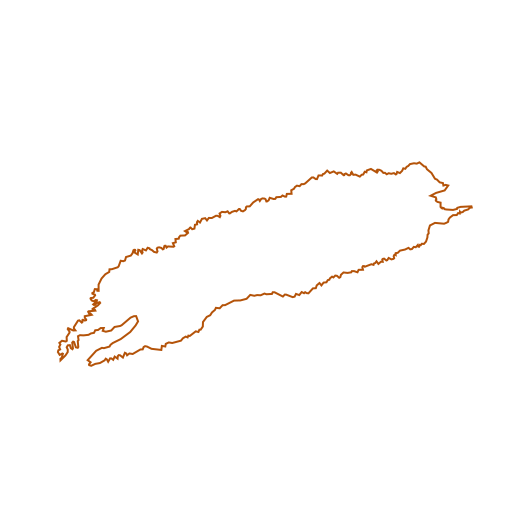 Tlacotepec de Mejía, Veracruz, Mexico (orthographic projection), rotated 160°
{"feature_id": "50627088B38998854105063", "entity_name": "Tlacotepec de Mejía", "entity_type": "district", "adm_level": 2, "iso_a3": "MEX", "parent_name": "Mexico", "parent_adm1": "Veracruz", "projection": "orthographic", "projection_center": [-96.778, 19.183], "detail": "fine", "context": "isolated", "style": "outline", "palette": "amber", "viewbox_px": 512, "rotation_deg": 160, "n_neighbors": 0, "source": "geoboundaries", "source_scale": "gbopen_adm2", "svg_char_len": 6092}
<svg xmlns="http://www.w3.org/2000/svg" viewBox="0 0 512 512"><g transform="rotate(160 256 256)"><path d="M474.3,230.2L471.3,230.6L470.9,230.2L473.3,226.9L474.9,226.3L475.4,224.8L469.1,227.7L465.8,230.1L464.9,232.4L465.1,235.0L463.4,236.4L461.4,235.9L461.5,232.7L460.4,231.2L459.6,231.8L458.3,237.5L457.1,238.1L456.4,237.4L456.5,231.8L454.9,230.7L454.1,231.3L452.6,237.0L451.5,237.7L450.7,241.5L448.5,241.8L445.2,240.4L440.3,239.2L437.6,239.7L434.5,239.2L432.5,241.2L429.7,240.5L426.6,241.4L423.7,240.4L425.6,238.1L423.0,236.2L417.5,235.5L413.2,237.7L407.6,236.7L405.9,236.9L394.9,241.0L391.3,241.2L389.2,240.5L389.2,234.9L392.9,231.9L400.2,227.6L411.5,224.2L420.4,223.2L423.1,222.3L424.6,221.0L430.4,221.4L432.2,222.4L438.6,221.6L449.8,215.7L447.8,212.7L450.0,211.3L450.1,210.5L448.4,209.2L443.9,209.6L439.3,208.8L434.0,209.7L432.3,210.9L431.5,209.8L431.1,207.2L428.1,209.7L426.9,209.2L425.7,207.3L423.2,209.8L421.2,206.9L420.1,209.2L418.9,209.8L417.7,209.2L415.8,206.1L412.3,209.9L411.3,208.8L411.1,206.8L408.3,207.7L405.4,206.1L396.6,207.7L394.4,207.0L392.7,208.9L391.1,209.2L389.4,208.2L385.9,204.5L377.1,200.1L375.2,203.7L372.2,202.0L370.8,204.3L367.5,204.6L364.5,202.9L355.5,202.1L352.8,203.7L349.6,204.3L348.1,202.9L346.8,204.3L345.6,203.5L338.4,205.8L336.1,204.3L334.4,206.1L333.2,205.7L330.1,207.9L328.4,212.1L325.8,213.8L323.1,215.6L319.3,216.0L316.7,218.0L313.0,219.4L311.4,221.0L308.0,219.3L304.2,221.2L301.9,220.4L291.9,221.6L285.9,219.6L279.5,219.0L274.7,221.4L271.2,219.2L268.3,218.9L265.1,217.5L260.9,217.8L259.3,216.5L254.0,214.9L252.7,216.2L251.0,215.6L244.6,208.7L242.1,209.9L240.9,209.4L235.6,204.8L233.6,204.6L231.4,206.7L228.7,204.5L225.4,206.5L223.6,204.6L222.2,205.2L221.1,203.8L219.5,203.0L213.6,206.1L210.8,205.3L209.0,207.6L205.6,208.9L204.6,206.0L201.6,207.9L198.8,207.2L196.8,208.8L195.2,208.6L194.2,209.7L191.6,210.6L190.6,209.4L188.2,210.5L186.7,209.7L185.3,207.1L184.0,207.3L182.6,209.3L179.4,210.6L175.8,208.8L172.1,208.1L171.1,209.0L169.1,208.3L166.2,206.0L164.3,207.9L160.2,206.5L159.9,209.1L159.0,209.9L157.9,209.6L157.4,208.7L150.4,208.8L148.6,207.5L147.8,208.6L146.4,208.6L144.6,209.8L143.7,206.7L140.5,207.9L138.9,207.2L138.5,209.6L137.7,209.9L136.5,209.7L135.0,207.2L134.1,207.2L132.0,208.8L129.9,206.5L127.8,206.3L126.9,206.7L126.7,208.7L125.7,209.7L125.0,209.9L124.4,209.1L123.7,210.9L121.7,210.5L118.9,211.8L113.7,211.1L109.9,211.5L108.8,209.5L107.1,209.2L104.6,210.6L102.9,209.6L100.2,211.0L100.2,209.2L99.5,208.9L98.2,210.4L97.4,209.9L96.0,210.8L94.1,209.9L91.3,211.4L88.6,214.8L87.5,217.3L86.0,218.2L85.2,221.1L82.1,225.2L76.5,225.9L68.2,222.0L65.7,222.1L63.8,222.4L62.6,224.5L60.7,225.8L56.8,227.0L53.4,225.8L51.4,227.2L50.0,226.2L49.2,227.8L48.9,226.8L46.7,226.6L44.8,227.4L40.7,227.2L38.6,228.2L36.7,227.8L36.6,229.0L47.0,232.2L50.4,232.4L51.0,231.5L55.1,231.9L61.2,234.6L62.9,235.6L63.1,236.7L64.5,237.7L64.9,237.2L65.5,238.1L65.8,239.0L64.3,243.0L66.9,244.7L67.9,246.0L68.0,247.0L67.1,247.7L67.0,249.6L71.3,252.9L65.2,253.7L56.3,253.1L51.3,256.5L53.5,258.0L55.8,258.1L55.4,260.6L58.2,262.4L59.8,265.9L61.4,267.4L62.7,274.0L65.7,279.1L66.0,281.9L67.3,282.6L70.4,288.1L73.3,287.8L75.8,289.1L79.9,289.7L82.2,288.5L83.9,288.3L85.9,286.9L87.6,288.0L89.5,286.1L92.4,284.7L94.6,286.7L95.9,285.0L96.7,284.8L98.0,286.7L100.8,287.0L103.0,288.4L105.2,288.1L106.4,290.1L107.9,290.5L109.0,293.2L110.6,294.8L112.4,295.6L113.2,295.2L112.7,293.8L113.8,293.0L118.2,298.5L122.6,298.5L123.6,296.9L125.0,298.0L127.4,295.9L128.9,296.2L131.3,295.1L134.6,298.4L136.8,299.0L137.4,302.2L138.4,301.6L138.8,300.4L140.3,299.8L141.5,300.3L143.3,302.8L144.8,302.7L145.4,301.8L146.0,301.9L147.8,305.3L150.4,306.2L151.6,305.4L154.0,308.9L158.2,308.7L159.9,311.9L163.6,310.0L165.1,310.1L166.3,309.0L169.7,310.3L172.4,307.4L173.6,307.9L175.2,310.2L176.7,310.7L184.9,307.4L186.5,307.2L188.7,308.0L191.1,306.7L193.5,308.1L195.9,307.4L197.3,306.2L200.4,305.7L201.3,302.3L205.8,303.8L207.3,301.5L208.4,301.8L210.4,303.8L212.4,303.0L216.8,304.3L218.3,303.1L219.9,303.5L223.2,306.0L225.1,304.0L227.0,303.5L227.6,303.7L227.6,306.1L228.3,307.0L230.2,307.9L231.7,307.8L233.6,306.4L233.9,308.1L234.6,308.7L240.3,307.3L244.9,304.8L247.7,305.7L248.8,305.2L249.4,303.7L250.6,302.9L253.0,302.4L254.6,303.6L255.2,305.7L255.9,306.0L259.1,304.6L260.3,305.6L263.5,305.7L266.0,305.0L266.6,305.2L267.4,307.7L269.8,307.6L272.9,309.1L275.7,308.4L275.7,305.9L276.7,304.9L278.2,306.8L279.8,307.5L284.5,306.8L287.3,307.9L289.9,306.2L290.8,308.9L294.1,309.4L297.2,306.6L298.7,308.9L299.9,308.0L300.5,305.9L302.7,306.2L304.5,302.8L306.8,303.0L307.8,305.2L308.3,305.2L309.8,304.2L314.2,303.7L313.2,302.3L311.9,301.9L311.9,301.0L315.7,299.6L320.1,301.0L321.8,300.0L322.7,298.7L325.9,299.5L326.7,296.3L329.7,296.5L329.5,293.1L330.4,292.9L335.4,295.1L337.2,294.5L337.4,296.5L338.0,296.8L338.7,296.7L340.4,294.2L341.3,294.1L342.2,296.0L344.1,297.3L345.8,297.5L346.7,296.9L347.0,294.0L348.1,293.2L350.4,294.7L351.8,297.2L353.5,298.8L353.5,299.7L355.0,300.8L357.5,298.9L360.1,301.3L361.3,299.9L361.4,298.0L362.3,297.4L363.4,301.4L364.5,302.1L366.6,297.9L369.2,301.2L367.5,302.4L367.5,303.1L368.3,303.5L369.2,303.3L371.1,300.8L373.5,299.2L378.5,299.5L380.6,296.6L382.5,296.5L384.8,297.8L388.6,293.3L389.8,292.7L396.0,292.9L398.2,293.6L399.4,291.2L403.8,290.4L408.8,287.7L413.7,283.0L415.8,277.1L417.0,277.6L416.8,279.2L418.8,280.0L420.7,277.5L422.5,277.1L422.6,276.5L420.6,274.8L420.6,274.1L423.2,272.4L425.7,273.0L426.1,272.5L425.6,270.4L424.5,269.4L423.7,268.9L421.7,269.5L420.6,268.8L421.4,267.7L425.5,266.2L425.0,265.4L424.0,265.2L421.6,266.2L418.7,266.1L418.5,265.2L421.4,263.7L427.7,262.2L427.8,261.7L425.8,260.5L425.7,259.6L432.3,261.3L432.8,261.0L432.5,259.1L431.3,258.7L430.5,256.9L437.5,258.0L438.0,256.5L437.3,254.3L437.6,253.8L439.0,253.9L440.5,255.3L441.0,255.2L441.6,253.4L442.5,253.0L444.1,256.0L445.4,256.1L451.4,251.5L451.9,250.3L451.2,247.9L453.2,248.5L457.2,252.4L457.9,251.7L457.1,248.7L457.4,247.8L461.7,244.6L462.8,241.0L464.0,240.7L467.3,242.7L470.5,241.6L470.1,239.7L472.1,237.9L472.0,235.2L474.0,235.0L475.0,233.5L474.3,230.2Z" fill="none" stroke="#b45309" stroke-width="2"/></g></svg>